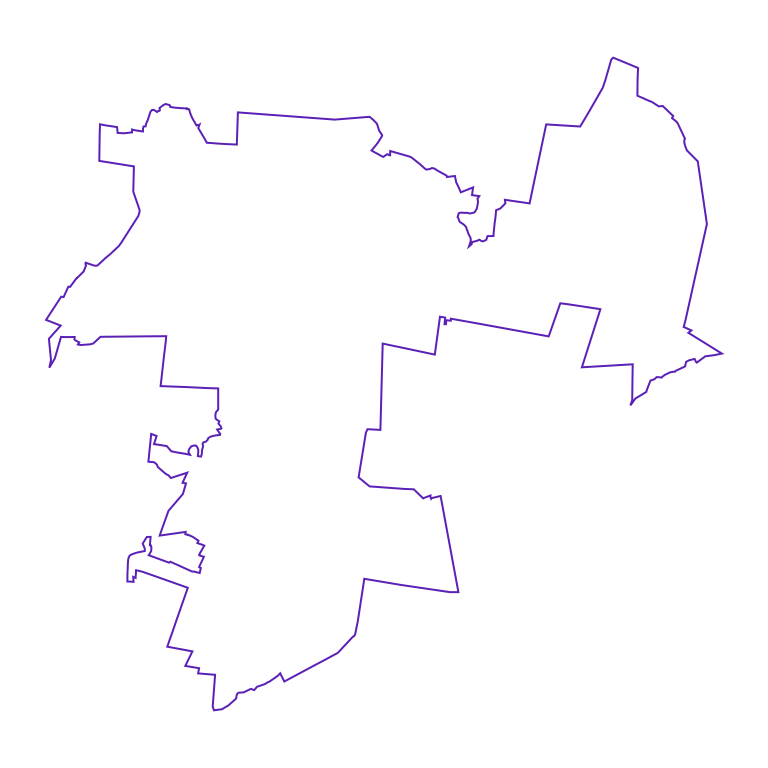 San Francisco de los Romo, Aguascalientes, Mexico (Albers equal-area conic projection)
{"feature_id": "50627088B17251995909944", "entity_name": "San Francisco de los Romo", "entity_type": "district", "adm_level": 2, "iso_a3": "MEX", "parent_name": "Mexico", "parent_adm1": "Aguascalientes", "projection": "albers", "projection_center": [-102.247, 22.022], "detail": "fine", "context": "isolated", "style": "outline", "palette": "violet", "viewbox_px": 768, "rotation_deg": 0, "n_neighbors": 0, "source": "geoboundaries", "source_scale": "gbopen_adm2", "svg_char_len": 6055}
<svg xmlns="http://www.w3.org/2000/svg" viewBox="0 0 768 768"><path d="M167.3,646.7L192.4,651.4L185.3,665.9L199.1,668.2L198.1,673.4L215.1,674.8L212.7,706.6L214.0,710.3L222.1,709.2L226.6,706.4L227.5,706.1L229.0,704.9L230.3,703.7L235.9,698.8L236.0,698.4L236.2,698.2L236.5,695.7L237.4,693.6L238.6,692.7L243.6,692.4L250.4,689.1L251.0,688.9L254.2,690.1L257.0,686.8L264.6,684.2L268.3,682.0L269.4,681.7L271.6,680.1L277.8,675.8L280.2,673.3L284.3,681.5L337.8,652.9L353.1,636.5L354.0,636.2L355.1,634.5L357.7,621.8L364.3,578.8L400.7,584.9L449.6,592.1L458.4,592.1L440.6,496.0L431.7,498.1L431.2,498.8L430.4,497.1L430.5,495.8L430.5,495.5L423.5,498.1L423.4,498.3L423.2,498.4L413.8,489.3L403.9,488.9L369.6,486.4L358.6,477.4L365.9,432.7L367.5,429.2L380.4,429.9L382.7,343.6L434.8,354.6L440.0,316.7L444.5,317.5L445.2,317.7L444.5,324.1L446.0,324.1L446.3,320.2L450.8,320.7L450.9,318.7L485.5,324.9L548.7,336.4L560.3,303.3L569.1,304.4L600.4,309.2L581.9,367.3L632.7,364.3L632.2,400.2L630.4,405.4L635.3,398.6L646.3,391.9L646.6,390.9L646.6,390.5L650.5,380.5L654.3,379.3L656.7,377.1L659.2,377.2L661.6,377.6L662.6,376.5L665.2,374.7L669.9,372.4L674.0,371.6L675.0,371.7L675.7,370.8L684.6,366.7L685.4,365.9L685.3,365.0L686.2,361.8L689.1,360.3L694.6,358.9L696.0,361.9L696.8,362.6L705.3,356.3L714.0,355.2L721.9,353.6L688.4,332.8L691.4,330.4L684.5,327.3L683.7,327.0L685.6,319.7L706.9,224.0L697.8,161.6L697.8,161.4L687.0,150.5L685.6,147.2L685.1,145.7L684.2,142.0L684.4,139.7L685.0,138.8L677.6,123.1L676.3,121.5L672.0,118.1L673.2,116.0L662.7,106.0L658.8,106.4L652.2,102.1L648.8,100.7L647.6,100.2L637.4,95.7L637.6,78.6L637.6,78.0L638.1,68.0L626.6,63.2L613.2,57.7L611.3,59.5L605.4,79.9L602.8,87.7L588.2,113.1L580.2,126.5L546.2,124.4L533.7,183.7L529.6,203.4L504.9,199.8L505.4,203.4L500.3,208.5L496.1,210.2L495.4,218.0L494.7,222.6L493.7,232.1L493.5,236.0L487.7,236.1L487.3,236.5L486.3,239.8L483.0,241.4L481.3,240.9L479.3,239.7L476.6,241.0L474.1,241.5L472.4,242.1L471.4,244.4L469.0,246.4L470.7,241.4L470.8,240.2L470.6,238.1L470.0,236.9L468.5,233.9L467.8,232.1L467.7,231.2L467.0,230.2L466.1,227.0L463.7,224.5L459.9,222.0L458.9,219.9L458.1,217.5L457.6,217.1L458.8,213.2L461.0,212.6L464.6,212.9L467.1,212.8L469.8,213.5L473.3,212.8L474.7,212.2L476.8,208.7L478.1,201.9L477.5,198.8L479.3,196.1L472.0,195.1L473.1,187.4L460.8,192.3L458.9,187.8L456.2,182.3L454.9,176.0L446.9,177.0L446.6,175.6L441.8,173.0L436.5,170.0L434.8,168.7L432.0,168.0L429.9,169.0L426.3,169.6L425.0,168.7L420.0,164.2L411.8,157.7L409.7,156.6L390.2,151.0L390.1,155.3L388.6,155.0L387.7,154.3L387.2,154.2L383.2,156.9L380.6,155.6L378.6,154.4L375.0,152.5L371.5,150.5L372.7,149.1L373.6,148.0L374.4,147.0L375.5,145.8L376.9,143.9L378.3,142.0L382.2,135.7L381.9,134.7L381.5,134.1L379.7,131.5L379.4,131.1L378.9,129.8L378.8,129.6L377.2,124.4L376.0,122.6L374.7,121.4L373.3,119.9L369.6,116.8L334.7,119.6L237.9,112.4L236.8,144.6L235.4,144.5L229.1,144.2L226.8,144.1L223.1,143.9L222.4,143.9L220.6,143.7L218.0,143.6L211.0,143.0L207.5,142.8L206.9,142.8L203.5,136.8L198.3,128.1L199.5,124.6L198.9,125.0L197.6,125.0L197.4,125.0L197.1,125.2L196.6,125.5L196.0,124.6L194.6,122.1L193.5,120.3L193.0,119.4L191.8,117.1L190.7,114.5L190.0,112.4L189.3,109.9L189.2,109.4L187.2,108.5L187.2,109.1L186.8,109.1L186.7,108.6L185.3,108.4L179.9,108.1L174.4,107.6L170.2,106.9L170.1,106.0L169.5,105.0L168.1,104.7L165.6,104.0L163.2,105.1L161.0,106.9L159.5,108.0L159.9,110.0L159.7,110.6L158.9,111.0L158.1,111.1L157.7,111.3L157.2,112.0L156.4,111.6L154.0,109.9L152.0,110.0L150.5,111.7L148.0,119.4L146.1,123.8L145.6,126.3L143.6,126.5L143.0,128.3L143.0,130.6L142.9,131.5L135.2,130.3L132.1,129.5L132.0,132.4L123.7,133.3L117.6,132.9L117.1,127.1L107.3,125.6L106.3,125.5L100.0,124.3L99.7,133.5L99.3,160.9L133.9,166.4L133.3,191.0L133.5,192.3L139.5,209.7L139.6,211.1L139.3,212.7L138.3,216.0L121.0,243.1L118.7,246.2L117.8,247.0L113.8,250.8L109.9,254.4L105.3,258.2L97.7,265.3L96.1,265.8L93.9,265.5L85.7,262.7L85.4,263.9L86.0,265.5L83.8,271.1L83.6,271.5L76.7,278.4L76.5,278.2L70.1,286.9L68.3,286.7L63.6,297.1L63.0,297.0L61.2,296.7L52.1,310.6L46.4,319.4L46.1,319.9L60.7,325.6L48.9,338.8L51.0,360.1L49.3,367.7L54.8,358.5L61.0,336.9L65.7,337.1L74.7,337.0L74.7,337.7L74.4,339.3L74.9,340.0L76.6,341.0L79.3,342.4L77.9,344.5L78.2,344.6L80.7,345.0L89.4,344.4L89.8,344.4L93.2,343.5L100.5,336.8L151.3,336.3L166.2,336.2L165.8,341.1L163.6,359.4L163.2,363.2L160.6,386.1L187.2,387.1L207.6,388.1L218.2,388.4L218.2,409.3L217.7,410.2L215.9,412.2L215.4,414.7L215.5,418.3L216.6,419.6L219.3,421.3L218.4,423.6L220.8,426.4L221.4,428.3L220.7,428.9L218.5,429.2L217.1,429.5L219.4,432.9L220.3,433.9L219.9,435.0L216.4,435.3L212.7,436.0L209.9,437.0L208.0,438.4L207.7,439.8L205.8,441.7L203.4,442.4L202.5,444.0L203.1,446.0L202.8,447.6L202.0,450.1L201.9,452.6L201.7,454.1L201.5,455.4L200.9,456.6L197.9,456.1L198.0,454.2L198.3,452.5L198.2,449.4L197.0,446.7L195.9,445.6L194.0,445.5L191.2,446.4L189.5,448.7L188.6,450.6L188.5,452.3L190.0,454.8L185.1,453.8L177.9,452.6L171.3,451.3L166.8,446.1L157.6,444.6L154.0,444.1L156.6,436.0L151.2,433.9L148.4,461.7L151.0,462.0L153.5,462.1L155.2,463.0L156.8,464.5L157.9,467.1L164.1,472.5L166.4,474.3L168.5,475.3L170.9,478.0L187.2,472.7L184.2,479.2L182.6,482.8L186.0,483.4L182.9,494.0L169.6,509.5L168.4,511.0L161.6,530.0L159.7,535.6L185.7,531.9L185.3,534.2L187.9,535.0L188.0,534.7L193.0,537.0L198.5,540.7L198.4,541.0L197.4,543.1L203.0,545.0L204.3,545.6L200.1,553.0L199.1,554.9L200.2,555.4L200.1,555.7L203.9,556.8L199.1,567.0L199.3,567.1L199.7,567.2L200.0,567.7L200.8,568.0L199.7,573.0L193.6,571.5L192.2,571.6L170.3,561.7L169.1,562.7L165.9,561.5L148.7,555.2L149.4,554.3L151.2,550.9L151.4,547.3L150.7,545.2L149.9,545.2L150.6,536.9L146.8,537.0L142.7,543.6L144.8,548.6L144.8,551.0L136.9,552.6L133.0,553.9L132.0,554.3L130.7,554.9L130.3,555.2L129.6,555.8L129.3,556.3L128.8,557.3L128.3,559.0L128.1,560.7L127.9,562.9L127.6,570.4L127.4,574.6L127.4,581.5L133.6,581.8L133.2,576.9L135.6,577.9L135.7,575.6L135.9,573.8L136.1,570.2L138.7,570.8L142.6,571.8L154.9,576.1L187.0,587.5L187.8,587.8L177.0,618.7L171.3,635.3L170.0,638.8L169.2,641.1L167.3,646.7Z" fill="none" stroke="#5b21b6" stroke-width="2"/></svg>